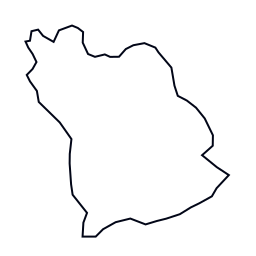 outline of Geri, Nicosia, Cyprus, rotated 266°
{"feature_id": "46923920B78801586806598", "entity_name": "Geri", "entity_type": "district", "adm_level": 2, "iso_a3": "CYP", "parent_name": "Cyprus", "parent_adm1": "Nicosia", "projection": "albers", "projection_center": [33.437, 35.104], "detail": "fine", "context": "isolated", "style": "outline", "palette": "ink", "viewbox_px": 256, "rotation_deg": 266, "n_neighbors": 0, "source": "geoboundaries", "source_scale": "gbopen_adm2", "svg_char_len": 857}
<svg xmlns="http://www.w3.org/2000/svg" viewBox="0 0 256 256"><g transform="rotate(266 128 128)"><path d="M221.4,31.8L215.2,34.1L208.5,38.0L200.2,41.3L193.5,36.9L188.0,30.7L181.3,33.5L171.3,39.7L160.2,40.8L138.3,60.3L120.9,70.8L106.2,68.1L96.6,67.3L75.8,67.3L65.3,68.1L46.2,81.2L36.7,76.9L22.8,75.1L21.9,88.2L28.8,96.1L34.9,109.1L37.5,124.0L30.6,138.8L33.2,150.2L34.9,159.8L38.4,173.7L44.4,185.1L47.9,193.8L54.0,206.9L61.8,212.2L74.0,225.3L82.7,213.9L95.7,200.0L104.4,211.3L114.8,212.2L132.2,205.2L143.5,197.3L151.3,188.6L156.6,179.9L167.0,177.3L185.2,175.5L201.3,163.7L206.3,160.9L211.5,150.3L210.2,139.1L206.9,131.3L199.7,124.0L200.2,115.1L203.0,110.0L201.3,100.0L204.6,93.3L216.3,88.8L226.9,89.9L231.3,84.9L234.1,79.3L230.2,65.9L219.1,59.8L225.8,49.7L232.4,45.2L231.3,38.5L221.9,36.3L221.4,31.8Z" fill="none" stroke="#020617" stroke-width="2"/></g></svg>